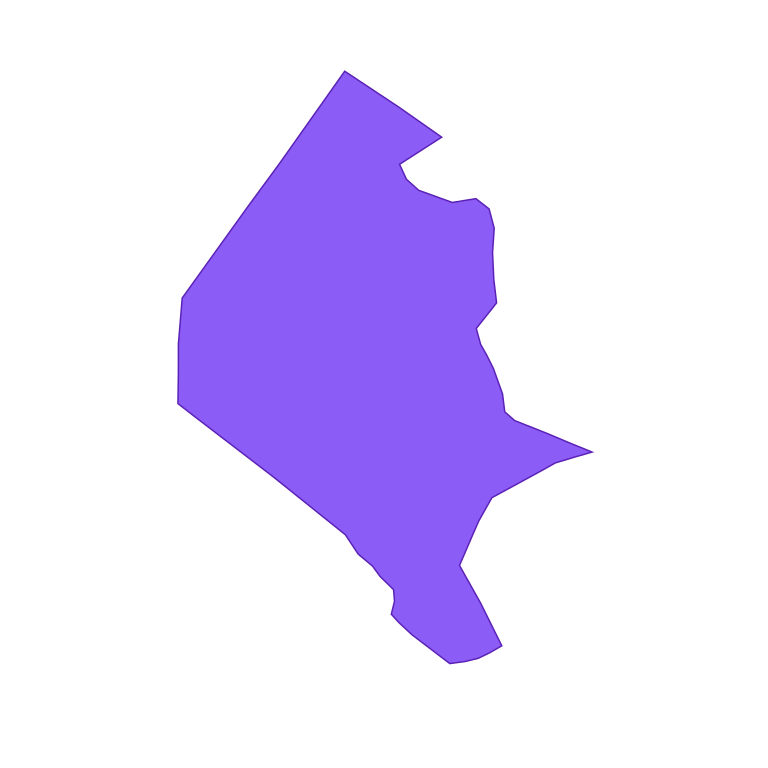 Cupira, Pernambuco, Brazil (Mercator projection), rotated 57°
{"feature_id": "56859067B27698814663708", "entity_name": "Cupira", "entity_type": "district", "adm_level": 2, "iso_a3": "BRA", "parent_name": "Brazil", "parent_adm1": "Pernambuco", "projection": "mercator", "projection_center": [-35.912, -8.583], "detail": "fine", "context": "isolated", "style": "filled", "palette": "violet", "viewbox_px": 768, "rotation_deg": 57, "n_neighbors": 0, "source": "geoboundaries", "source_scale": "gbopen_adm2", "svg_char_len": 818}
<svg xmlns="http://www.w3.org/2000/svg" viewBox="0 0 768 768"><g transform="rotate(57 384 384)"><path d="M208.4,201.2L159.8,220.8L100.3,246.6L142.1,351.4L161.7,403.2L202.0,506.4L238.4,534.6L263.0,550.6L288.2,567.5L309.5,560.1L401.1,527.6L489.4,498.5L512.6,498.3L530.5,492.8L543.3,492.1L561.7,488.0L571.9,493.5L581.1,503.3L592.4,501.4L609.6,497.1L654.3,481.1L660.9,467.2L665.4,454.3L667.0,441.4L667.7,427.8L620.3,422.3L577.3,419.5L559.1,392.2L550.6,379.3L538.1,355.4L542.3,301.7L543.5,283.3L548.7,265.4L554.4,246.6L534.3,260.6L514.5,274.0L485.9,294.3L473.1,297.9L456.9,290.0L430.6,283.8L415.5,282.1L403.5,281.4L387.7,276.4L377.3,245.4L356.0,234.9L333.1,221.5L313.3,206.7L294.4,200.5L278.6,206.0L268.9,227.9L240.5,249.4L224.5,253.7L208.2,251.3L208.4,201.2Z" fill="#8b5cf6" stroke="#5b21b6" stroke-width="1.5"/></g></svg>